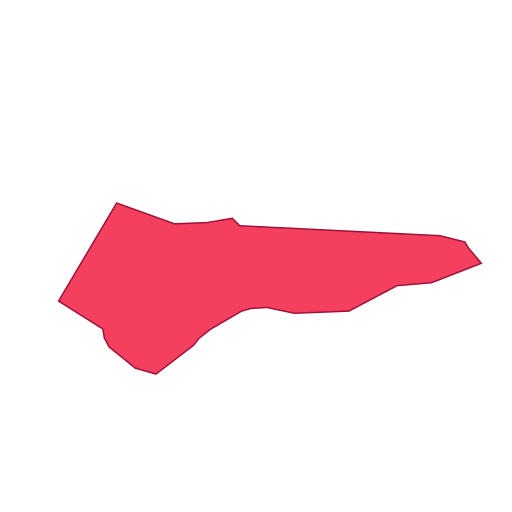 Race-Fram, Mercator projection, rotated 152°
{"feature_id": "SVN-979", "entity_name": "Race-Fram", "entity_type": "Municipality", "adm_level": 1, "iso_a3": "SVN", "parent_name": "Slovenia", "parent_adm1": "", "projection": "mercator", "projection_center": [15.652, 46.446], "detail": "fine", "context": "isolated", "style": "filled", "palette": "rose", "viewbox_px": 512, "rotation_deg": 152, "n_neighbors": 0, "source": "natural_earth", "source_scale": "10m", "svg_char_len": 479}
<svg xmlns="http://www.w3.org/2000/svg" viewBox="0 0 512 512"><g transform="rotate(152 256 256)"><path d="M399.8,198.7L415.2,213.6L428.4,244.6L428.4,254.8L425.5,263.5L451.5,308.9L354.2,368.2L312.9,322.7L283.4,308.4L259.3,300.5L256.1,290.3L84.0,187.5L65.0,170.3L64.7,163.7L60.5,143.8L113.5,150.0L145.4,163.6L199.7,163.7L249.0,187.4L270.5,205.4L284.6,211.9L294.6,214.1L330.6,212.7L345.0,210.1L352.9,206.5L399.8,198.7Z" fill="#f43f5e" stroke="#9f1239" stroke-width="1.5"/></g></svg>